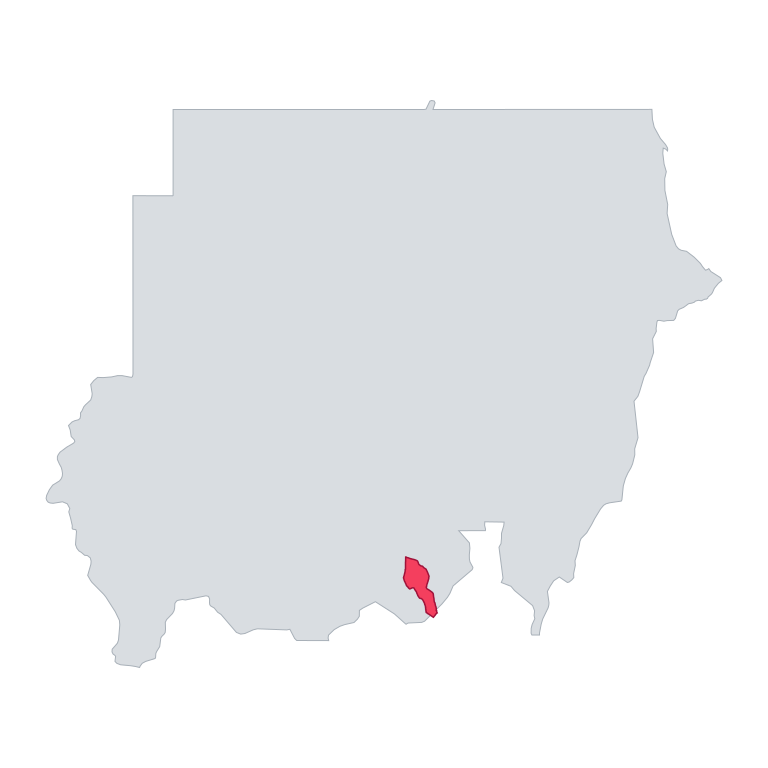 Ghadeer, South Kordufan, Sudan shown in context
{"feature_id": "16777658B14153516268915", "entity_name": "Ghadeer", "entity_type": "district", "adm_level": 2, "iso_a3": "SDN", "parent_name": "Sudan", "parent_adm1": "South Kordufan", "projection": "mercator", "projection_center": [31.133, 10.64], "detail": "fine", "context": "in_parent", "style": "filled", "palette": "rose", "viewbox_px": 768, "rotation_deg": 0, "n_neighbors": 0, "source": "geoboundaries", "source_scale": "gbopen_adm2", "svg_char_len": 6011}
<svg xmlns="http://www.w3.org/2000/svg" viewBox="0 0 768 768"><path d="M539.5,635.0L531.9,635.0L531.1,633.2L531.2,628.3L532.1,624.6L534.8,618.7L534.1,615.5L534.6,610.8L532.6,605.6L514.5,590.5L511.0,586.3L501.3,582.5L503.0,578.2L499.0,547.2L501.0,543.6L501.5,538.2L501.5,533.4L503.8,525.4L504.1,522.1L484.8,521.8L484.6,525.3L485.5,529.1L485.4,530.6L458.7,530.7L469.4,542.9L469.9,548.3L469.3,554.9L469.4,559.2L470.0,562.0L472.9,567.4L472.7,568.4L472.1,569.7L453.1,585.9L449.9,593.4L447.4,597.4L441.9,604.0L424.6,621.2L421.7,622.4L408.5,623.0L407.3,623.4L406.2,624.2L405.7,624.0L394.4,613.9L375.4,601.7L362.8,608.1L359.4,610.4L359.3,616.3L357.4,619.2L354.0,622.5L344.7,624.6L339.9,626.3L334.2,629.6L328.5,635.1L328.1,638.0L328.7,640.6L296.7,640.5L294.6,638.4L289.9,629.3L286.7,629.9L257.4,628.8L253.3,629.8L244.9,633.5L240.7,634.1L236.4,632.4L221.0,614.4L217.7,612.3L214.2,608.0L210.9,606.1L209.8,604.8L209.5,602.8L209.6,598.9L208.5,596.4L206.0,595.8L185.4,600.0L182.4,599.5L178.1,600.3L176.6,601.0L174.9,603.4L174.6,608.3L174.0,610.8L172.5,613.5L166.6,619.6L165.3,622.3L165.5,629.0L165.2,632.4L164.3,633.9L161.7,636.5L160.8,638.0L159.7,646.6L156.5,651.8L155.8,653.6L155.6,657.3L155.1,658.5L145.7,661.4L142.2,663.3L140.1,666.2L139.6,667.5L135.6,666.5L130.5,665.7L120.7,664.8L116.9,663.4L115.0,661.4L115.6,656.2L114.6,655.1L113.1,654.1L112.0,651.9L112.2,649.2L117.4,643.2L118.5,640.0L119.8,624.9L119.4,620.3L115.3,611.8L106.0,597.2L103.7,594.3L91.9,582.3L90.6,580.5L87.7,575.4L90.9,564.2L91.1,561.1L90.3,557.9L87.3,555.5L84.7,555.3L81.2,552.3L78.9,550.9L76.9,548.3L75.5,544.6L76.5,531.4L75.8,529.6L72.8,529.2L72.1,528.2L72.3,525.7L70.6,518.2L68.8,511.9L69.8,508.5L67.3,503.8L62.5,501.8L53.1,503.3L50.2,503.0L48.2,502.2L46.8,500.4L46.1,498.4L46.7,495.3L49.4,489.7L52.7,485.1L59.5,480.9L61.3,478.6L62.3,476.1L62.5,473.3L62.0,470.2L61.3,467.5L59.3,463.8L57.4,459.5L57.4,456.6L58.3,454.6L60.1,452.1L66.8,447.1L73.6,443.1L74.8,441.6L74.4,439.9L71.2,436.5L70.2,430.0L68.5,425.5L72.0,422.0L74.5,420.8L78.6,419.7L80.1,418.3L80.6,415.6L80.5,412.9L81.9,411.0L83.8,406.8L85.4,404.9L90.7,400.0L91.8,396.8L92.2,393.8L90.7,384.5L93.8,380.6L97.6,377.4L103.2,377.6L111.8,376.9L117.7,375.6L121.9,375.6L131.5,377.4L132.5,376.6L133.0,374.2L132.9,195.7L172.6,195.8L173.1,195.5L173.1,109.5L423.9,109.5L426.0,109.2L429.9,101.1L431.6,100.5L434.2,101.0L435.1,102.9L433.0,109.5L651.9,109.4L652.4,119.3L654.2,127.2L660.4,138.5L665.6,144.6L667.5,147.9L667.7,149.4L667.5,150.9L665.9,149.2L663.2,148.1L662.8,153.4L664.1,164.1L666.3,171.7L664.7,178.6L664.9,190.4L667.7,204.5L667.1,213.5L671.7,234.4L676.1,245.9L678.5,248.8L681.2,250.3L686.5,251.3L694.2,257.2L700.4,263.4L702.5,266.6L705.5,270.2L707.5,269.5L708.8,268.6L710.8,271.5L720.5,277.7L721.9,280.5L718.4,283.3L714.4,288.2L712.4,292.7L711.4,294.1L708.1,297.0L707.6,298.3L706.2,299.2L704.7,299.2L701.4,300.8L698.4,300.3L695.4,301.1L694.3,302.2L691.9,303.1L688.6,303.7L683.6,307.4L679.2,309.3L677.7,310.8L675.4,318.4L673.7,320.4L667.1,320.6L663.9,321.2L659.6,320.4L657.5,320.5L656.9,322.1L656.1,328.6L656.3,331.4L652.6,338.8L653.6,352.5L650.1,362.9L649.6,365.2L646.0,373.4L644.2,376.4L639.6,391.6L637.9,396.3L634.0,401.2L638.0,437.7L634.7,448.8L634.8,454.9L632.6,463.8L630.8,468.0L627.9,473.0L625.4,478.5L623.3,485.9L621.9,499.8L621.2,501.1L609.6,502.8L606.0,503.8L603.6,505.3L600.6,508.9L594.7,518.6L591.6,524.6L586.7,532.8L581.1,538.5L579.9,541.4L579.0,546.6L576.9,554.9L575.0,560.7L575.3,565.5L573.6,573.6L573.8,577.6L571.8,579.9L569.2,582.0L567.4,582.5L559.3,577.0L553.7,580.8L550.2,586.1L547.4,591.4L549.0,602.8L548.8,605.2L548.1,607.9L542.7,619.0L541.2,624.1L539.5,632.9L539.5,635.0Z" fill="#d9dde1" stroke="#a8b0b8" stroke-width="1"/><path d="M405.7,556.4L405.6,561.6L405.5,562.0L405.5,563.1L405.5,569.3L405.2,569.5L405.2,570.2L405.1,571.6L404.9,572.2L404.8,573.0L404.6,573.5L404.4,574.2L404.3,575.1L404.1,575.7L403.8,576.3L403.8,577.1L403.5,577.5L403.5,577.9L403.5,578.0L403.8,578.7L404.0,579.6L404.2,580.1L404.3,580.7L404.7,581.5L404.9,581.8L405.2,582.5L405.5,583.2L405.9,584.0L406.5,585.6L407.2,586.4L407.8,586.9L407.8,587.0L408.3,587.5L408.4,587.8L408.6,588.0L408.9,588.3L409.1,588.5L409.4,588.7L409.6,588.9L409.9,588.9L410.0,588.9L410.4,588.7L411.1,588.4L411.5,588.2L411.9,588.0L412.3,587.8L412.8,587.8L413.2,587.8L413.7,587.9L414.1,588.2L414.3,588.7L414.9,589.7L415.7,590.9L416.3,591.7L416.6,592.3L416.7,592.9L417.3,594.2L417.6,594.9L417.6,595.0L417.9,595.7L418.6,596.8L419.3,597.8L419.7,598.2L420.3,598.4L420.7,598.5L421.2,598.5L421.6,598.8L422.1,599.2L422.7,599.8L423.5,601.3L424.5,603.3L424.6,603.9L424.7,604.4L425.0,604.9L425.2,605.7L425.5,606.3L425.4,607.1L425.7,607.7L425.6,609.1L425.9,609.5L425.9,611.1L426.2,611.5L426.1,612.2L426.3,612.6L426.8,612.9L427.5,613.2L427.8,613.7L428.3,613.8L428.7,614.1L431.9,616.3L433.4,617.3L433.5,617.2L433.9,616.6L434.8,615.6L435.9,614.1L436.0,614.0L436.0,613.9L436.5,613.4L437.0,613.0L437.2,612.9L436.8,612.0L436.6,611.2L436.7,610.8L436.2,610.5L436.3,608.6L436.1,607.7L435.9,606.6L435.5,605.9L435.4,605.1L435.2,604.3L435.0,603.2L434.8,602.6L434.4,602.2L434.4,601.9L434.2,601.3L434.2,601.1L434.1,600.8L434.1,600.6L434.1,600.3L434.1,600.2L434.0,599.4L433.9,598.1L433.7,597.5L433.5,596.1L433.4,594.8L433.2,593.7L432.8,593.0L432.4,592.5L431.8,592.0L431.1,591.5L430.0,590.7L429.2,590.1L428.3,589.6L427.9,589.3L427.3,589.1L426.9,588.7L426.6,588.2L426.4,587.6L426.2,587.1L426.7,586.2L426.7,585.2L427.2,583.6L427.3,583.5L427.4,583.2L427.6,582.4L427.7,582.0L427.8,581.8L427.9,581.6L428.0,581.0L428.1,580.9L428.1,580.7L428.5,579.5L428.8,578.3L428.7,577.3L429.0,576.9L429.0,576.1L428.7,575.3L427.6,572.5L427.2,571.5L426.5,570.2L426.2,569.3L425.3,568.7L424.6,568.2L423.8,567.7L423.2,567.0L422.6,566.3L422.1,566.1L421.4,566.0L420.7,565.8L419.7,565.0L419.1,564.6L418.7,564.1L418.4,563.1L418.0,562.0L417.7,561.4L417.4,560.9L416.9,560.6L416.2,560.3L415.5,560.0L414.4,559.6L413.2,559.3L412.2,559.1L410.8,558.7L409.6,558.4L408.8,558.0L407.8,557.7L407.2,557.6L406.3,557.3L405.8,556.7L405.7,556.4Z" fill="#f43f5e" stroke="#9f1239" stroke-width="1.5"/></svg>